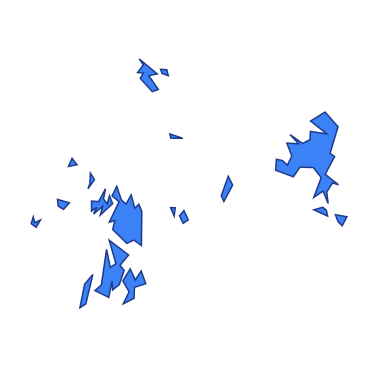 Kepulauan Anambas, Kepulauan Riau, Indonesia (Mercator projection), rotated 186°
{"feature_id": "22746128B99951880476592", "entity_name": "Kepulauan Anambas", "entity_type": "district", "adm_level": 2, "iso_a3": "IDN", "parent_name": "Indonesia", "parent_adm1": "Kepulauan Riau", "projection": "mercator", "projection_center": [106.153, 2.904], "detail": "medium", "context": "isolated", "style": "filled", "palette": "blue", "viewbox_px": 384, "rotation_deg": 186, "n_neighbors": 0, "source": "geoboundaries", "source_scale": "gbopen_adm2", "svg_char_len": 1935}
<svg xmlns="http://www.w3.org/2000/svg" viewBox="0 0 384 384"><g transform="rotate(186 192 192)"><path d="M55.4,194.7L58.0,206.1L53.2,215.7L47.1,214.5L61.4,223.5L53.9,242.2L58.7,244.9L53.6,272.2L68.0,285.4L81.5,275.0L64.1,263.9L80.6,264.6L80.1,256.4L87.2,251.9L100.5,259.3L90.9,251.1L102.8,250.5L96.5,238.3L100.0,228.6L105.2,232.7L111.5,233.4L111.1,222.4L92.8,217.7L87.2,228.0L73.9,229.0L65.0,219.8L70.3,199.4L61.7,206.6L55.4,194.7ZM251.4,134.1L244.8,138.1L236.7,133.4L239.9,167.4L243.6,174.3L247.2,169.8L252.2,182.8L256.3,173.1L261.4,176.7L267.4,189.8L271.1,179.8L263.5,174.7L271.1,153.3L265.7,155.6L267.0,146.4L251.4,134.1ZM278.2,83.8L263.8,78.5L262.2,94.9L260.7,86.3L254.6,92.3L251.3,107.0L255.9,111.6L248.5,122.7L269.3,135.4L260.2,112.8L265.4,108.5L271.0,126.0L272.4,90.1L278.2,83.8ZM248.7,73.6L238.6,80.2L239.2,91.2L228.4,96.0L234.3,108.1L239.2,98.6L245.4,109.1L251.5,96.3L244.1,86.2L248.7,73.6ZM242.0,287.7L236.2,290.4L247.1,303.2L238.9,305.8L258.4,318.8L253.7,313.4L258.6,305.1L252.8,305.2L255.4,299.6L242.0,287.7ZM280.8,159.5L269.7,172.1L273.7,179.6L275.1,171.3L279.3,175.8L278.3,186.2L283.9,172.7L291.0,172.5L289.9,162.5L285.0,166.7L287.6,159.8L279.3,168.4L280.8,159.5ZM159.3,185.9L152.3,203.2L157.6,211.4L162.5,191.3L159.3,185.9ZM291.4,65.2L285.9,69.6L282.0,99.6L289.1,89.2L291.4,65.2ZM68.9,187.0L54.6,182.2L56.5,187.9L60.3,190.5L68.9,187.0ZM39.1,174.1L35.4,183.6L47.0,184.4L43.6,177.7L39.1,174.1ZM318.0,161.3L312.8,168.4L325.0,170.6L323.6,164.0L318.0,161.3ZM197.5,159.9L192.8,163.9L198.1,172.7L201.9,167.0L197.5,159.9ZM295.8,184.3L290.3,194.1L295.0,200.2L294.5,189.3L295.8,184.3ZM218.7,243.3L206.7,244.4L220.1,247.4L218.7,243.3ZM343.3,140.6L339.8,148.3L345.2,145.1L347.3,150.7L348.6,143.7L343.3,140.6ZM317.5,204.5L309.2,207.1L314.8,212.9L317.5,204.5ZM227.7,305.2L229.9,311.0L236.1,310.7L234.2,306.8L227.7,305.2ZM211.7,174.2L207.2,166.2L207.0,174.6L211.7,174.2Z" fill="#3b82f6" stroke="#1e3a8a" stroke-width="1.5"/></g></svg>